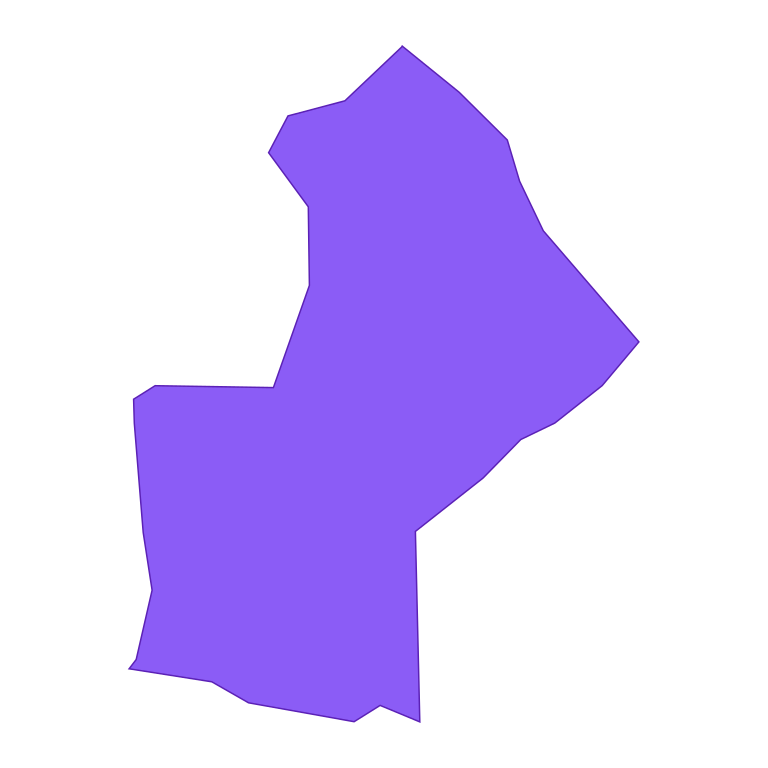 the district of Dioundiou, Dosso, Niger
{"feature_id": "23599985B87103937584190", "entity_name": "Dioundiou", "entity_type": "district", "adm_level": 2, "iso_a3": "NER", "parent_name": "Niger", "parent_adm1": "Dosso", "projection": "orthographic", "projection_center": [3.586, 12.653], "detail": "fine", "context": "isolated", "style": "filled", "palette": "violet", "viewbox_px": 768, "rotation_deg": 0, "n_neighbors": 0, "source": "geoboundaries", "source_scale": "gbopen_adm2", "svg_char_len": 501}
<svg xmlns="http://www.w3.org/2000/svg" viewBox="0 0 768 768"><path d="M129.1,668.8L211.8,681.8L248.5,702.8L354.1,721.7L380.1,705.4L419.8,721.9L415.4,531.4L483.1,478.0L520.8,439.5L554.9,423.0L602.2,385.6L638.9,341.9L543.3,230.8L519.6,181.2L507.3,140.0L459.2,92.3L402.2,46.1L401.7,47.0L344.9,100.8L288.0,115.9L268.6,152.7L308.3,206.8L309.4,285.4L273.4,387.6L155.1,385.7L133.6,399.2L134.3,423.2L143.2,532.5L152.1,590.2L136.2,659.5L129.1,668.8Z" fill="#8b5cf6" stroke="#5b21b6" stroke-width="1.5"/></svg>